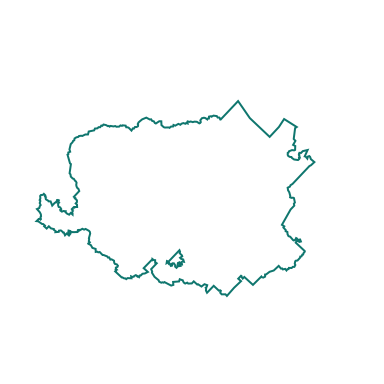 South Burnett, Queensland, Australia, rotated 125°
{"feature_id": "25037944B91914901383533", "entity_name": "South Burnett", "entity_type": "district", "adm_level": 2, "iso_a3": "AUS", "parent_name": "Australia", "parent_adm1": "Queensland", "projection": "natural_earth1", "projection_center": [151.784, -26.401], "detail": "fine", "context": "isolated", "style": "outline", "palette": "teal", "viewbox_px": 384, "rotation_deg": 125, "n_neighbors": 0, "source": "geoboundaries", "source_scale": "gbopen_adm2", "svg_char_len": 6062}
<svg xmlns="http://www.w3.org/2000/svg" viewBox="0 0 384 384"><g transform="rotate(125 192 192)"><path d="M221.2,84.5L219.4,83.6L217.7,84.8L217.0,84.0L212.9,82.7L209.4,80.0L202.8,78.6L203.7,75.1L202.9,74.2L203.3,73.2L201.5,71.5L202.1,69.6L200.4,69.5L199.8,68.7L198.6,69.1L197.1,66.8L195.5,66.5L194.6,65.2L192.5,65.5L191.8,66.7L189.6,67.7L188.8,67.6L187.6,66.3L184.0,65.8L182.8,66.3L182.0,65.4L180.0,65.7L179.5,65.1L177.9,65.6L176.2,65.4L175.7,65.8L174.0,78.0L172.3,78.2L171.3,77.0L171.3,75.4L170.1,74.4L168.9,76.2L170.7,78.1L169.9,79.4L170.0,80.3L171.9,80.0L173.3,80.8L173.4,81.7L172.3,85.9L172.8,87.6L171.8,89.5L170.0,91.0L170.4,92.8L169.4,93.4L168.7,96.7L167.2,96.7L167.3,99.5L149.7,101.2L144.5,100.4L143.2,101.8L141.6,101.7L138.5,105.0L138.7,106.0L139.8,107.2L140.1,108.6L139.0,109.1L136.4,112.2L135.5,114.3L133.6,116.1L131.5,114.9L129.9,115.2L127.8,114.3L103.4,110.7L101.9,109.9L97.3,108.9L96.9,113.5L95.5,115.4L95.3,116.5L96.6,117.4L98.5,116.7L97.8,119.4L98.1,120.1L91.3,121.4L95.0,124.7L97.5,125.1L98.3,126.5L99.3,126.3L100.0,125.4L100.4,125.6L102.0,123.4L102.6,124.0L103.6,123.1L105.0,123.5L106.8,127.0L106.8,129.6L106.3,130.6L107.1,131.9L107.3,133.7L106.7,134.9L105.0,136.0L104.4,135.6L103.0,135.9L100.3,134.1L99.3,132.2L98.4,131.7L95.1,133.8L95.4,136.2L90.8,136.6L90.2,139.1L80.5,144.2L78.7,143.5L79.4,158.4L88.9,158.1L102.3,160.0L98.3,187.0L91.1,206.4L116.2,210.1L116.4,210.5L115.5,211.7L115.4,212.4L116.3,213.7L115.6,215.2L117.1,218.2L119.1,219.2L119.0,219.9L120.5,221.3L122.1,220.3L123.1,221.4L123.8,221.2L123.8,223.5L124.3,224.8L125.9,226.2L128.5,226.3L129.7,224.9L130.8,224.9L131.6,225.4L131.7,228.3L133.0,230.4L134.3,231.4L135.0,233.5L136.0,234.2L136.7,236.1L137.5,236.0L138.4,234.9L139.0,236.4L139.9,236.6L140.5,238.6L142.1,239.8L143.6,240.1L144.0,242.2L147.3,243.8L147.7,245.6L149.2,245.1L150.4,246.7L152.3,247.2L152.3,247.8L154.8,251.3L155.1,252.3L154.7,255.4L151.7,257.7L152.8,259.4L156.6,260.9L156.8,262.0L156.0,263.8L156.6,265.4L155.9,267.2L156.8,268.1L157.3,272.1L161.1,274.5L164.0,275.3L165.7,275.7L167.5,275.4L167.9,274.6L169.2,274.0L170.6,274.7L171.4,276.0L173.4,276.0L173.8,276.9L176.4,276.8L175.7,280.6L175.9,281.8L176.7,283.0L175.7,284.4L177.2,287.1L178.0,287.3L178.5,288.8L180.2,289.2L181.0,290.2L181.9,291.4L182.0,292.7L183.3,293.9L184.6,296.6L185.7,297.0L185.6,298.1L186.3,298.7L186.5,300.8L187.5,303.2L189.2,303.4L189.6,304.4L191.6,304.4L192.5,305.7L194.1,306.0L195.7,307.9L197.6,307.5L201.7,311.3L204.5,310.2L206.1,312.4L209.0,314.0L209.5,315.1L211.0,316.7L212.0,316.7L213.6,318.1L215.5,318.9L217.2,318.1L218.3,318.7L219.8,318.4L222.3,318.8L227.4,316.8L228.9,314.9L230.6,316.0L231.9,315.0L232.8,315.4L238.5,308.4L238.6,307.2L246.9,303.0L247.3,301.6L248.9,300.1L249.4,297.4L249.0,296.4L249.9,294.2L249.9,293.2L250.6,291.9L252.6,290.9L253.8,289.6L254.5,288.2L254.5,287.0L255.9,284.9L263.7,286.0L263.9,284.1L264.4,284.2L264.8,281.5L266.2,280.5L268.1,280.7L268.3,279.0L270.2,277.5L271.8,279.8L272.3,279.5L272.6,280.2L274.9,280.6L275.1,279.4L275.6,279.6L276.3,278.6L277.7,278.5L278.1,277.5L279.0,276.9L278.7,279.3L281.0,279.6L281.4,281.8L281.1,284.0L280.2,284.4L281.4,286.5L282.7,287.3L282.7,289.2L282.3,289.6L281.7,289.0L281.0,289.3L280.2,291.1L280.7,292.6L279.9,293.8L278.2,295.1L276.9,294.8L276.6,296.0L275.2,296.3L275.4,297.3L276.0,297.9L276.8,297.3L277.7,297.7L278.3,297.2L279.5,298.2L283.3,298.7L280.8,302.4L281.9,304.1L281.6,304.5L281.8,307.5L280.5,308.9L280.0,308.8L279.8,310.0L278.9,310.2L278.5,312.3L279.9,312.5L281.1,314.0L282.4,314.1L284.1,312.6L285.8,312.2L285.7,311.8L286.5,311.0L288.4,310.4L289.5,308.5L290.8,308.6L292.7,307.9L294.9,309.2L295.9,305.0L297.0,303.0L298.5,301.7L299.5,301.7L300.9,300.2L301.5,300.3L301.3,301.3L302.0,302.1L305.0,302.6L304.2,301.1L304.2,296.5L303.6,295.4L303.9,293.2L304.9,293.4L305.3,290.1L302.2,289.6L302.7,286.7L301.6,283.9L302.2,283.5L302.3,281.1L303.2,280.8L301.1,278.3L300.0,278.8L298.7,277.4L298.8,275.3L299.2,274.6L298.7,273.8L300.3,271.2L297.8,270.8L298.2,267.8L295.9,267.7L295.9,268.5L296.9,269.8L294.4,271.0L293.8,269.4L294.6,268.5L293.7,267.8L293.4,266.8L290.6,263.0L290.4,262.8L288.8,263.6L288.5,263.6L287.8,262.7L288.2,262.2L285.0,260.7L284.7,258.8L283.3,258.0L282.9,254.1L283.2,252.9L284.4,251.6L289.1,249.9L289.4,249.3L291.5,248.3L291.8,246.9L293.7,247.5L293.9,247.2L293.5,244.5L294.9,241.5L293.9,238.3L296.3,236.5L295.3,235.5L295.2,234.2L294.1,233.2L294.9,229.1L294.3,228.2L293.4,224.4L293.9,223.2L293.1,222.3L294.2,220.1L293.3,219.3L293.0,216.5L294.6,215.1L295.1,213.8L294.4,212.1L294.9,210.4L296.0,210.1L297.6,211.0L298.5,210.4L298.8,209.1L299.7,209.8L300.3,209.0L301.1,209.3L302.3,200.6L301.9,200.2L301.7,198.1L301.0,197.0L301.1,195.9L299.5,195.4L297.4,192.1L296.0,193.4L295.7,192.0L294.7,191.1L293.9,191.2L292.3,190.3L292.6,188.2L291.9,188.1L292.1,186.5L290.0,186.7L289.5,186.0L287.4,185.7L285.8,183.9L282.8,182.3L282.1,187.9L271.1,186.1L270.8,185.5L269.6,186.1L269.7,184.3L269.0,183.1L271.2,181.5L271.4,180.7L270.6,180.8L270.6,180.0L278.6,181.2L280.0,179.0L281.1,178.5L283.0,174.0L283.4,168.8L284.3,167.4L283.9,165.1L283.0,164.5L282.5,163.2L281.6,162.9L280.6,155.4L278.8,154.0L276.5,155.9L272.7,151.3L270.5,152.0L269.8,149.3L269.3,149.7L270.9,146.8L270.9,145.1L269.0,143.9L269.2,142.6L267.0,139.7L264.2,139.3L264.8,134.6L264.1,134.2L264.0,130.0L260.4,128.9L259.6,126.1L261.1,125.6L262.5,125.8L262.5,125.3L264.7,124.1L265.9,121.9L256.4,120.4L257.4,113.4L256.4,112.6L256.4,111.7L258.3,111.1L258.8,109.0L256.6,105.8L257.1,103.8L246.3,102.6L236.9,100.7L236.5,104.4L232.5,103.8L232.5,103.1L233.2,102.5L233.8,100.8L231.6,100.4L233.1,88.8L221.5,86.7L221.8,86.1L221.2,84.5ZM264.7,166.9L263.1,170.2L264.0,170.2L263.4,171.4L264.8,172.0L262.9,172.9L262.5,171.3L246.9,168.9L247.8,167.5L249.2,167.0L249.7,163.9L250.3,163.1L252.7,164.0L253.0,162.6L252.3,160.5L253.8,158.6L254.4,159.9L255.6,160.4L256.7,159.9L256.6,159.1L257.2,158.5L258.4,159.5L258.7,159.8L256.9,162.0L258.2,162.8L260.0,162.0L259.9,159.8L261.0,161.0L263.0,161.2L262.8,163.0L261.9,163.3L260.8,165.8L261.4,166.9L262.4,167.4L262.8,166.5L263.7,166.1L264.7,166.9Z" fill="none" stroke="#0f766e" stroke-width="2"/></g></svg>